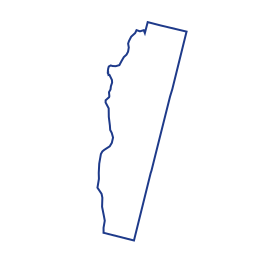 the district of Klickitat, Washington, United States of America, rotated 104°
{"feature_id": "52423323B53834689647106", "entity_name": "Klickitat", "entity_type": "district", "adm_level": 2, "iso_a3": "USA", "parent_name": "United States of America", "parent_adm1": "Washington", "projection": "robinson", "projection_center": [-120.885, 45.825], "detail": "fine", "context": "isolated", "style": "outline", "palette": "blue", "viewbox_px": 256, "rotation_deg": 104, "n_neighbors": 0, "source": "geoboundaries", "source_scale": "gbopen_adm2", "svg_char_len": 1043}
<svg xmlns="http://www.w3.org/2000/svg" viewBox="0 0 256 256"><g transform="rotate(104 128 128)"><path d="M106.2,156.2L106.5,156.4L108.7,155.9L111.8,153.1L113.6,151.5L121.9,149.3L129.9,146.2L134.2,144.8L136.7,142.6L138.6,141.5L140.9,140.2L146.3,140.1L150.2,141.3L154.9,145.7L156.9,147.2L159.8,148.0L169.5,147.3L178.7,145.5L183.7,144.1L184.5,143.9L193.3,143.2L198.3,137.7L201.9,136.0L210.7,134.1L219.2,130.1L219.4,130.0L223.6,128.1L230.7,127.6L234.6,126.6L235.6,126.4L235.7,95.0L166.3,95.1L163.7,94.9L148.3,94.9L87.3,94.8L79.4,94.4L31.4,94.5L20.3,94.5L20.6,121.1L20.5,134.5L31.8,134.6L29.3,136.4L31.3,139.8L31.0,143.4L34.1,144.0L38.6,147.0L41.2,147.6L43.4,148.1L46.1,148.3L49.7,146.7L54.0,146.4L57.2,147.2L60.2,149.2L64.7,150.5L69.1,151.6L71.0,154.9L71.6,158.0L71.5,159.9L73.0,161.5L75.0,161.6L77.8,161.3L78.5,160.7L79.4,161.0L80.0,160.6L80.6,160.0L81.3,159.7L80.9,158.9L85.3,155.2L87.8,154.4L91.6,154.7L94.8,154.3L97.8,155.1L98.5,154.9L101.6,153.8L102.7,153.8L106.2,156.2L106.2,156.2Z" fill="none" stroke="#1e3a8a" stroke-width="2"/></g></svg>